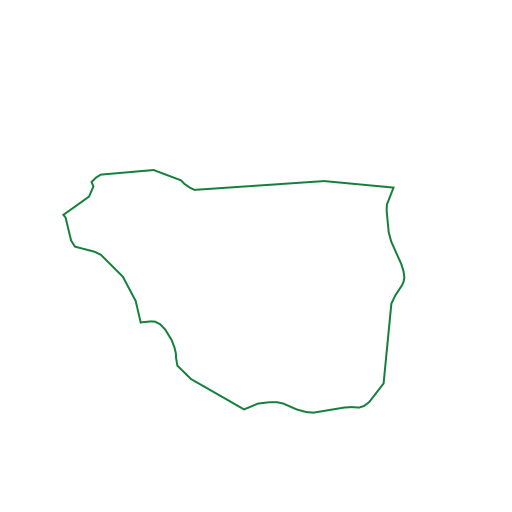 Thyolo, Mercator projection, rotated 127°
{"feature_id": "MWI-1918", "entity_name": "Thyolo", "entity_type": "District", "adm_level": 1, "iso_a3": "MWI", "parent_name": "Malawi", "parent_adm1": "", "projection": "mercator", "projection_center": [35.176, -16.13], "detail": "fine", "context": "isolated", "style": "outline", "palette": "green", "viewbox_px": 512, "rotation_deg": 127, "n_neighbors": 0, "source": "natural_earth", "source_scale": "10m", "svg_char_len": 868}
<svg xmlns="http://www.w3.org/2000/svg" viewBox="0 0 512 512"><g transform="rotate(127 256 256)"><path d="M378.5,308.1L364.4,324.9L352.7,349.8L348.4,380.6L349.8,387.6L357.5,406.2L354.9,413.0L339.9,431.2L339.0,434.6L338.8,434.5L309.1,425.1L298.3,427.7L295.8,431.9L289.4,430.9L284.3,428.8L249.0,389.6L240.7,361.4L241.5,356.5L241.2,349.7L240.2,344.9L155.1,246.6L118.6,187.3L136.2,182.4L141.0,179.1L157.0,164.5L163.1,156.7L175.2,134.8L179.6,128.8L184.0,124.5L187.6,122.7L191.3,121.8L203.7,121.0L212.6,119.2L281.0,77.4L304.7,77.7L310.8,79.5L315.0,82.4L319.2,88.8L323.9,94.3L346.5,115.8L350.3,121.8L354.0,131.0L357.4,145.3L360.2,151.4L365.2,157.8L372.7,165.6L385.7,173.2L393.4,233.8L390.9,252.8L385.5,258.5L381.9,261.5L378.1,266.1L374.0,272.6L369.4,284.1L368.2,291.4L369.2,297.2L371.5,300.6L378.3,308.0L378.5,308.1Z" fill="none" stroke="#15803d" stroke-width="2"/></g></svg>